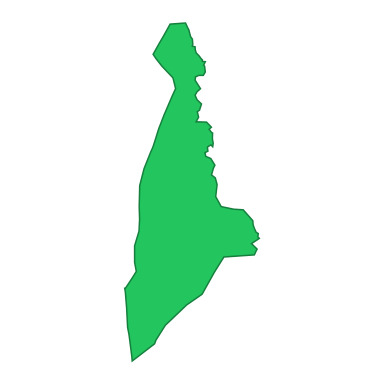 the district of Kaminaria, Limassol, Cyprus
{"feature_id": "46923920B39379089198364", "entity_name": "Kaminaria", "entity_type": "district", "adm_level": 2, "iso_a3": "CYP", "parent_name": "Cyprus", "parent_adm1": "Limassol", "projection": "natural_earth1", "projection_center": [32.783, 34.924], "detail": "fine", "context": "isolated", "style": "filled", "palette": "green", "viewbox_px": 384, "rotation_deg": 0, "n_neighbors": 0, "source": "geoboundaries", "source_scale": "gbopen_adm2", "svg_char_len": 1485}
<svg xmlns="http://www.w3.org/2000/svg" viewBox="0 0 384 384"><path d="M124.7,288.3L125.3,291.7L126.6,307.7L127.6,327.3L129.0,334.6L131.8,356.4L132.2,361.0L154.6,343.8L155.9,340.2L165.3,325.3L186.7,304.9L202.1,294.2L214.5,272.0L223.9,257.0L254.3,254.9L254.7,254.1L256.4,250.4L257.1,249.1L251.5,243.6L259.3,238.4L257.8,236.8L258.3,233.6L256.1,232.2L254.2,228.0L253.1,224.6L252.8,220.7L243.2,209.8L233.7,209.2L221.2,206.6L215.7,196.6L217.1,184.6L215.3,177.9L211.5,174.9L213.4,168.3L214.9,165.2L210.8,158.5L205.8,156.4L205.0,152.6L207.9,151.2L207.4,147.0L211.0,144.9L212.7,146.7L213.2,143.3L212.4,138.7L212.6,133.0L211.6,132.5L209.1,129.3L211.4,127.2L206.5,122.1L196.1,121.8L198.6,117.2L197.3,111.7L199.5,110.2L201.5,104.0L197.0,99.7L195.1,95.2L197.0,91.8L200.5,88.7L195.1,80.2L195.5,76.9L198.8,75.4L200.9,75.4L203.3,75.4L205.3,72.0L204.6,66.2L203.6,65.2L205.3,61.7L202.3,61.4L202.4,59.9L201.3,58.9L199.1,55.9L196.2,52.9L195.3,50.0L195.1,46.8L192.3,46.2L192.8,44.3L192.4,39.2L190.6,36.6L189.8,33.7L188.9,30.0L187.9,28.2L185.5,23.0L170.1,24.1L164.0,35.2L159.5,42.9L153.1,54.3L155.9,58.5L162.1,66.4L171.8,76.6L172.9,77.7L173.8,81.2L175.6,88.6L172.3,95.8L165.8,110.9L164.0,115.1L159.8,126.0L159.0,127.9L155.1,140.3L153.6,145.0L152.7,147.6L150.7,152.0L144.1,168.5L139.7,185.6L139.2,206.5L139.6,220.1L139.5,220.9L139.0,231.2L134.6,245.8L134.6,262.3L136.3,271.4L133.3,276.3L129.4,282.3L125.5,288.1L125.3,288.1L125.2,288.3L124.7,288.3Z" fill="#22c55e" stroke="#15803d" stroke-width="1.5"/></svg>